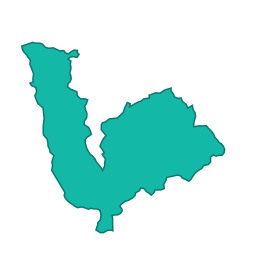 Siqueira Campos, Paraná, Brazil, rotated 261°
{"feature_id": "56859067B87660188486184", "entity_name": "Siqueira Campos", "entity_type": "district", "adm_level": 2, "iso_a3": "BRA", "parent_name": "Brazil", "parent_adm1": "Paraná", "projection": "orthographic", "projection_center": [-49.788, -23.656], "detail": "fine", "context": "isolated", "style": "filled", "palette": "teal", "viewbox_px": 256, "rotation_deg": 261, "n_neighbors": 0, "source": "geoboundaries", "source_scale": "gbopen_adm2", "svg_char_len": 2703}
<svg xmlns="http://www.w3.org/2000/svg" viewBox="0 0 256 256"><g transform="rotate(261 128 128)"><path d="M98.1,46.0L74.2,55.6L71.3,54.4L68.3,55.1L65.2,57.1L62.9,59.2L61.4,61.1L59.5,62.6L57.2,65.7L57.3,69.9L55.7,73.3L54.0,76.2L54.5,78.7L53.4,81.8L53.1,84.3L51.5,87.0L48.7,87.8L45.9,87.6L41.7,86.4L39.2,83.4L37.0,82.9L35.0,81.7L32.2,80.4L29.0,84.3L28.5,87.4L30.1,91.6L29.9,94.9L28.8,97.0L35.0,97.7L38.4,98.2L41.5,98.7L44.3,98.6L44.1,101.6L43.9,104.5L44.8,107.2L47.0,109.3L49.3,109.2L52.2,107.5L54.0,110.0L56.0,113.5L56.4,117.0L58.1,121.4L60.2,124.4L62.8,125.4L64.3,129.6L66.8,131.1L65.5,134.5L62.4,136.1L60.3,138.6L58.0,140.4L59.9,143.4L62.5,145.2L61.7,150.8L62.5,154.3L66.5,154.4L70.6,157.6L73.2,158.4L73.3,163.4L73.6,166.2L73.7,170.0L72.2,172.8L70.1,173.7L67.7,177.4L65.9,179.8L67.7,182.3L73.1,187.2L74.4,189.7L75.6,192.2L76.5,194.5L79.2,197.0L79.3,201.5L81.6,204.3L86.2,204.9L88.1,208.0L86.4,210.8L86.8,213.6L86.4,216.8L88.9,219.3L91.9,220.1L95.6,219.1L97.9,217.7L99.4,215.8L101.9,214.6L105.1,212.4L108.7,211.5L112.3,209.6L115.7,207.0L117.9,205.9L119.0,197.9L119.0,193.1L121.8,193.5L124.5,194.5L126.8,195.6L129.1,196.6L132.7,196.6L135.7,195.2L140.3,195.1L138.3,190.1L142.1,189.2L145.8,185.9L149.3,185.2L149.5,181.9L151.5,178.7L155.0,178.0L157.8,176.3L160.7,176.8L159.8,170.4L157.3,164.8L158.5,160.8L157.8,157.8L157.1,154.0L154.3,153.8L154.3,148.1L152.5,145.1L152.1,142.1L150.9,138.7L148.7,132.9L151.6,134.1L153.3,131.3L148.6,128.0L144.4,125.9L142.8,123.8L139.5,118.9L139.9,110.8L137.7,107.0L137.1,103.5L135.2,102.1L130.5,101.3L123.8,105.1L122.1,102.8L120.4,101.3L117.1,99.0L114.2,97.4L111.1,99.2L107.1,100.6L106.1,98.3L100.8,100.9L97.2,99.4L94.7,99.2L89.9,96.4L93.6,94.9L99.7,91.3L102.3,90.7L105.9,88.5L108.1,86.4L113.5,84.3L119.7,83.4L123.2,84.0L125.0,85.7L127.4,90.8L129.9,90.5L132.4,89.9L134.8,89.2L138.2,85.2L141.6,86.0L144.5,88.8L148.8,89.7L152.6,88.9L156.3,88.7L158.5,90.7L162.3,92.6L163.5,89.9L164.2,85.7L167.7,83.1L171.9,83.1L173.3,80.8L175.4,77.3L178.0,74.8L181.0,75.6L182.7,78.0L185.4,79.6L188.7,79.7L191.4,79.0L194.5,80.6L196.9,81.2L200.0,81.0L203.0,82.1L205.4,79.7L207.0,81.7L207.1,84.9L205.7,88.7L208.4,91.2L210.3,89.7L212.6,90.2L213.4,86.9L212.4,84.1L210.6,80.8L211.9,77.9L214.5,76.8L215.0,72.3L218.8,67.0L219.2,61.9L220.7,58.9L224.4,56.6L225.7,53.8L226.2,50.1L227.5,47.1L225.5,35.9L222.2,36.0L219.8,36.8L215.7,39.4L213.0,40.6L210.4,42.2L206.5,41.1L196.2,43.2L191.6,41.8L188.2,41.4L187.6,38.2L184.9,39.4L182.4,43.3L178.0,43.4L174.4,41.0L170.0,41.9L166.3,42.8L161.1,47.2L150.7,46.7L143.4,44.6L137.8,43.7L134.3,43.4L129.9,46.4L126.1,46.5L122.2,46.2L119.2,47.2L116.3,47.2L112.5,50.5L108.4,48.4L105.9,47.4L103.1,47.7L98.1,46.0Z" fill="#14b8a6" stroke="#0f766e" stroke-width="1.5"/></g></svg>